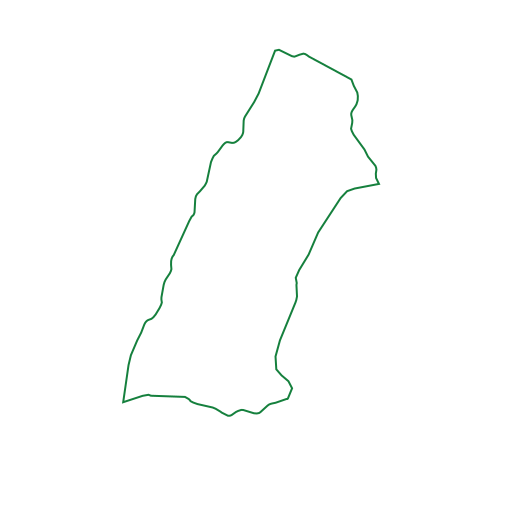 an SVG outline of Phatthalung, rotated 39°
{"feature_id": "THA-383", "entity_name": "Phatthalung", "entity_type": "Province", "adm_level": 1, "iso_a3": "THA", "parent_name": "Thailand", "parent_adm1": "", "projection": "equal_earth", "projection_center": [100.024, 7.498], "detail": "fine", "context": "isolated", "style": "outline", "palette": "green", "viewbox_px": 512, "rotation_deg": 39, "n_neighbors": 0, "source": "natural_earth", "source_scale": "10m", "svg_char_len": 1973}
<svg xmlns="http://www.w3.org/2000/svg" viewBox="0 0 512 512"><g transform="rotate(39 256 256)"><path d="M306.2,122.6L290.2,141.5L286.0,148.3L285.3,157.7L289.5,198.6L296.0,221.8L298.4,239.7L300.6,247.9L304.7,251.4L305.6,253.0L313.3,261.6L315.0,264.8L315.9,267.2L327.7,306.5L334.4,321.8L343.1,331.3L351.0,332.7L360.0,332.9L367.3,336.1L370.4,346.5L370.4,347.3L369.7,347.9L363.6,357.7L361.4,360.4L360.3,361.9L359.5,363.5L359.1,365.2L357.7,374.5L357.2,376.1L355.7,377.9L353.4,379.5L343.0,383.7L341.4,384.9L339.6,387.7L338.6,389.8L337.1,395.1L336.2,396.6L334.7,397.8L327.8,399.3L326.5,399.3L320.8,400.1L317.7,401.0L303.7,407.9L299.4,409.4L296.5,410.0L295.1,409.6L293.7,409.5L289.5,410.2L262.3,430.7L259.8,431.5L255.9,436.0L244.8,453.2L225.6,421.0L221.2,411.8L216.8,396.3L215.0,387.8L212.3,379.5L211.9,377.5L211.9,375.9L212.2,374.3L212.8,373.1L214.3,370.6L214.8,368.1L214.8,364.5L213.8,357.2L213.0,353.7L212.1,351.4L209.8,349.3L208.5,347.6L202.4,336.5L201.3,333.9L200.6,331.1L199.9,323.6L199.3,321.2L198.5,319.4L195.6,316.4L193.2,313.3L192.1,311.1L191.5,308.9L191.5,307.1L182.1,270.8L181.2,265.9L181.6,263.7L181.3,262.1L180.7,260.7L172.9,249.9L171.7,247.4L171.3,245.1L171.7,240.9L171.9,233.7L171.5,231.3L171.0,229.3L161.9,211.3L160.8,207.6L160.2,204.7L160.8,201.1L160.9,199.2L160.5,191.2L160.6,189.2L160.9,187.4L161.5,186.1L162.5,185.2L166.0,183.3L167.0,182.5L167.9,181.4L168.6,179.7L169.2,177.3L169.5,173.1L169.2,170.6L168.6,168.8L168.0,167.6L161.2,158.5L160.2,156.5L159.7,154.5L157.7,137.6L155.8,128.1L141.6,84.4L144.1,81.3L158.1,78.1L160.3,77.0L161.1,75.8L163.2,72.1L165.5,68.9L167.2,68.1L169.3,67.8L171.8,67.7L219.1,58.8L224.9,62.2L231.8,65.2L234.5,67.6L236.9,70.8L237.5,72.1L238.6,74.9L238.9,76.6L239.1,78.5L239.2,80.5L239.4,82.4L239.8,84.1L240.4,85.4L241.3,86.5L245.4,89.8L247.0,92.0L249.8,97.3L252.0,98.7L255.6,100.3L273.3,105.0L280.5,108.3L292.1,110.8L293.8,111.8L295.3,113.2L297.3,116.6L300.2,119.8L306.2,122.6Z" fill="none" stroke="#15803d" stroke-width="2"/></g></svg>